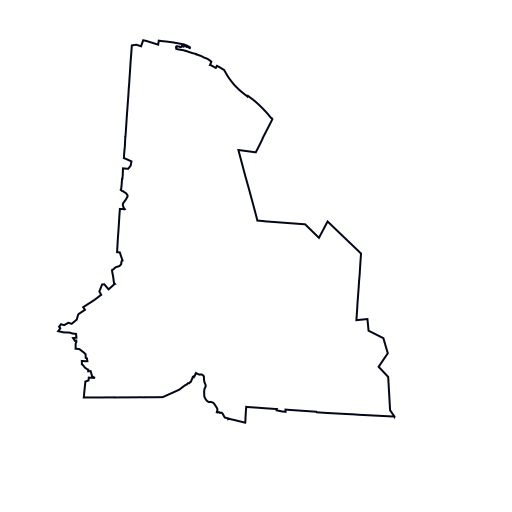 the district of Ainažu pag., Salacgrivas, Latvia, rotated 106°
{"feature_id": "27541924B96759845375201", "entity_name": "Ainažu pag.", "entity_type": "district", "adm_level": 2, "iso_a3": "LVA", "parent_name": "Latvia", "parent_adm1": "Salacgrivas", "projection": "orthographic", "projection_center": [24.506, 57.884], "detail": "fine", "context": "isolated", "style": "outline", "palette": "ink", "viewbox_px": 512, "rotation_deg": 106, "n_neighbors": 0, "source": "geoboundaries", "source_scale": "gbopen_adm2", "svg_char_len": 5728}
<svg xmlns="http://www.w3.org/2000/svg" viewBox="0 0 512 512"><g transform="rotate(106 256 256)"><path d="M439.5,382.5L439.3,382.0L438.0,377.5L435.8,369.7L434.5,365.3L430.9,353.1L431.0,353.1L426.6,338.1L426.2,336.7L423.6,328.0L422.5,323.9L422.4,323.9L420.1,315.8L417.4,306.8L409.9,297.9L405.7,293.0L400.1,288.8L398.4,287.0L398.0,286.9L397.0,286.3L396.8,285.2L396.5,285.0L395.9,284.8L395.3,284.4L394.9,284.1L394.6,283.8L392.9,283.8L392.4,283.7L391.8,283.4L391.6,283.4L391.0,283.5L390.8,283.4L390.6,283.4L390.2,283.5L389.9,283.3L389.8,282.9L389.7,282.5L389.3,282.7L389.1,283.0L389.0,282.9L388.8,282.7L388.7,282.3L388.6,282.1L388.4,282.1L388.1,282.1L387.5,281.8L387.5,281.7L387.2,281.7L386.6,281.7L386.2,281.5L385.7,281.7L385.0,281.5L385.3,280.5L385.5,279.0L385.6,277.3L384.9,276.1L385.0,275.0L385.3,274.1L386.1,272.9L388.9,272.0L391.2,271.0L393.9,268.9L395.3,268.4L398.0,268.9L400.2,268.6L403.1,267.7L405.0,267.1L406.0,266.4L407.5,265.0L408.1,264.2L408.8,263.2L409.3,261.7L409.3,260.5L408.7,259.3L408.8,256.9L409.4,255.7L410.8,254.0L413.1,251.4L414.5,250.7L415.4,250.6L417.0,250.6L417.0,249.8L416.9,249.4L416.5,249.0L416.3,248.8L416.3,248.3L416.5,247.8L416.7,247.5L416.8,247.4L416.7,247.1L416.6,246.9L416.2,246.4L416.1,245.8L416.7,244.7L419.8,241.6L419.9,241.4L419.9,241.2L419.8,240.1L419.8,237.6L420.0,237.6L420.4,237.6L420.1,237.0L419.9,236.5L419.8,234.4L419.6,230.9L419.2,220.4L418.9,220.4L412.7,221.9L407.7,223.0L403.7,223.8L403.7,223.4L401.1,211.4L401.0,210.7L397.5,194.2L397.4,194.1L397.3,193.8L398.7,193.6L398.5,191.3L398.2,187.6L397.6,184.8L397.6,184.7L395.5,185.3L394.7,181.3L389.1,155.2L389.5,154.6L387.4,144.8L382.7,124.4L381.4,118.9L380.3,113.5L372.2,78.7L372.3,78.6L372.2,78.6L367.3,84.6L335.8,95.6L328.7,107.6L313.2,102.5L299.9,110.9L296.8,127.2L285.9,131.5L290.0,141.8L277.4,144.5L274.5,145.2L256.7,148.9L251.7,150.0L247.0,150.9L245.5,151.2L234.2,153.7L224.7,155.7L203.1,196.7L221.2,200.5L212.0,217.5L220.4,257.9L220.3,258.0L221.5,264.2L221.6,264.4L213.3,269.3L193.6,281.2L182.3,288.2L159.9,301.6L159.0,302.1L158.7,300.4L156.4,284.8L149.9,283.5L144.9,282.6L140.6,281.9L140.5,282.0L124.9,278.9L120.6,278.1L120.0,278.0L119.1,278.9L119.1,279.7L116.5,283.4L114.3,286.9L112.5,290.0L109.4,295.7L108.0,298.6L106.7,301.5L104.3,307.9L105.1,308.1L104.8,308.6L103.7,311.6L102.1,315.3L101.2,317.3L100.5,318.7L97.9,323.4L97.9,323.5L96.5,325.5L96.4,325.7L94.6,328.2L92.6,330.8L90.6,333.2L85.9,338.0L85.6,339.5L85.5,339.8L84.5,343.3L84.0,346.0L86.2,346.4L86.3,346.8L85.7,349.0L84.9,352.5L85.0,352.8L81.5,352.5L80.6,354.7L80.0,356.4L79.7,358.4L79.6,360.4L79.5,361.0L79.0,363.1L78.7,365.8L78.8,365.8L78.7,367.5L78.7,369.0L78.3,369.1L78.4,370.9L78.5,372.6L78.4,375.2L78.4,376.8L78.3,377.7L78.1,380.0L78.3,380.1L78.3,380.4L78.2,382.7L78.9,388.1L78.9,389.7L78.7,389.8L78.6,389.7L78.3,389.7L77.9,390.1L77.6,390.3L76.9,390.5L76.7,390.5L76.3,390.2L76.1,389.9L76.1,389.7L76.3,389.5L76.4,389.3L76.1,388.8L76.0,388.1L75.9,387.8L75.8,387.6L75.9,387.4L76.0,387.0L76.0,386.9L76.1,386.6L76.0,386.2L75.8,385.8L75.7,385.5L75.5,385.4L75.2,385.3L74.8,385.3L74.7,385.3L74.6,385.2L74.5,384.9L74.5,384.7L74.7,384.2L74.7,383.9L74.8,383.4L74.7,383.2L74.4,383.0L73.9,382.9L73.6,382.8L73.5,382.7L73.4,382.6L73.4,382.4L73.6,381.5L73.7,381.2L73.9,380.8L74.2,380.5L74.2,380.4L74.1,380.2L73.9,380.2L73.7,379.6L73.8,379.4L74.2,377.8L74.4,377.3L74.4,377.0L74.4,376.8L74.0,376.5L73.9,376.4L73.9,376.2L73.1,379.0L72.9,380.0L72.7,381.0L72.7,381.5L72.6,382.5L72.5,383.0L72.5,383.5L72.5,384.0L72.6,385.0L72.9,388.0L73.4,393.1L73.5,394.2L73.6,394.9L73.9,396.9L74.4,400.4L75.5,406.5L75.6,407.5L75.8,408.8L79.8,408.3L79.5,420.7L79.7,423.9L86.1,424.3L85.9,429.3L87.8,433.4L96.4,431.6L104.3,430.0L112.4,428.2L120.4,426.5L125.3,425.4L129.5,424.6L136.7,423.0L159.1,418.3L165.5,416.9L170.1,415.9L174.7,414.9L176.4,414.6L177.2,414.4L177.3,414.5L177.4,414.4L179.1,414.1L184.2,412.9L186.7,412.3L192.2,411.3L198.3,410.0L198.6,407.1L199.4,401.8L203.7,401.4L207.4,402.9L208.2,406.7L208.2,407.0L208.4,408.0L209.0,407.9L215.3,406.3L218.4,405.8L218.3,405.0L218.9,406.0L224.6,404.8L228.5,404.1L229.7,404.3L230.5,402.5L230.4,401.7L230.9,400.3L231.4,398.5L231.7,397.9L232.9,396.4L233.5,396.0L234.1,395.9L237.8,396.7L239.8,397.5L241.7,398.2L242.8,398.3L244.0,397.9L244.5,397.6L245.0,397.3L245.7,396.8L246.3,396.2L247.2,395.0L247.3,395.1L247.5,396.4L248.3,399.8L255.1,398.4L263.6,396.5L271.1,394.9L278.7,393.3L286.1,391.6L290.6,390.6L290.1,387.9L292.9,386.0L297.1,383.1L297.2,383.3L297.3,383.5L297.5,383.6L297.8,383.7L298.1,383.6L298.4,383.7L298.7,383.7L298.8,383.7L299.7,383.7L300.4,383.4L300.6,383.3L300.8,383.3L301.9,383.7L302.6,384.1L302.9,384.3L303.3,384.5L303.6,385.0L303.9,385.3L304.3,386.0L304.6,386.4L305.0,387.2L306.2,388.3L306.3,388.5L307.3,388.9L307.7,389.1L308.7,390.0L309.2,390.5L310.8,389.9L315.3,387.6L321.1,385.1L321.1,384.9L321.7,384.0L321.8,384.2L328.7,388.5L325.0,394.1L325.9,396.1L333.3,396.8L336.0,394.1L337.0,394.9L342.9,399.3L352.8,408.0L354.9,405.6L360.3,410.2L360.6,410.4L361.1,410.7L361.5,410.8L366.6,410.8L372.0,414.5L371.9,418.0L375.3,421.3L375.4,424.7L378.3,425.8L378.4,425.5L378.4,425.4L378.5,425.2L379.4,424.2L382.8,425.4L382.6,422.8L382.5,420.2L381.8,417.2L381.0,414.3L381.0,413.9L381.0,413.1L381.1,412.1L381.1,411.5L381.1,410.9L380.9,410.1L380.7,408.9L380.6,408.3L380.5,407.5L384.0,406.1L385.2,408.9L385.3,409.2L386.3,408.1L387.1,407.0L387.4,406.8L386.8,405.5L388.1,405.0L389.9,405.2L392.5,404.5L394.2,404.0L394.4,403.9L394.8,403.9L394.2,400.0L396.5,394.3L397.5,392.7L400.9,391.6L401.0,390.3L403.6,389.1L404.0,390.2L404.9,394.5L408.1,393.5L408.8,391.9L410.4,389.8L411.7,386.2L411.6,385.9L413.1,385.5L412.2,383.3L416.8,380.4L417.6,377.2L419.0,383.2L421.8,382.7L423.7,385.4L433.9,383.6L439.5,382.5Z" fill="none" stroke="#020617" stroke-width="2"/></g></svg>